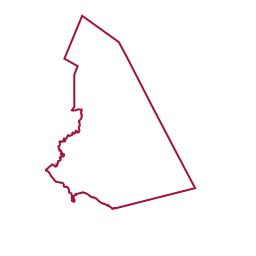 Magarini, Coast, Kenya, rotated 111°
{"feature_id": "3690345B44163293085628", "entity_name": "Magarini", "entity_type": "district", "adm_level": 2, "iso_a3": "KEN", "parent_name": "Kenya", "parent_adm1": "Coast", "projection": "orthographic", "projection_center": [39.973, -2.829], "detail": "fine", "context": "isolated", "style": "outline", "palette": "rose", "viewbox_px": 256, "rotation_deg": 111, "n_neighbors": 0, "source": "geoboundaries", "source_scale": "gbopen_adm2", "svg_char_len": 5673}
<svg xmlns="http://www.w3.org/2000/svg" viewBox="0 0 256 256"><g transform="rotate(111 128 128)"><path d="M131.6,186.8L131.7,186.4L131.6,186.0L131.2,185.4L131.1,184.9L130.8,184.6L130.6,183.9L129.9,182.7L129.3,182.3L128.7,181.3L128.4,181.1L128.1,180.6L127.9,178.9L127.4,178.1L127.4,177.9L127.7,177.8L128.0,178.0L128.2,177.9L128.6,177.6L129.0,177.4L129.1,177.6L129.3,177.6L129.5,177.4L130.1,177.4L130.6,177.4L131.1,177.0L131.4,176.6L131.7,176.1L132.0,176.3L132.2,176.2L132.7,175.8L133.0,175.6L133.5,175.5L133.8,175.6L134.2,175.5L134.7,175.1L135.1,175.0L135.5,175.0L136.0,175.2L136.4,175.2L137.8,175.7L138.5,176.0L139.2,176.3L139.4,176.3L139.6,176.2L139.8,176.1L140.4,175.1L140.7,175.0L141.1,174.9L141.4,174.8L142.3,174.2L142.6,174.1L143.0,173.9L143.3,173.9L144.7,174.2L145.0,174.2L146.2,173.6L146.4,173.4L146.7,173.2L147.1,172.8L147.7,172.4L148.0,172.4L148.5,172.4L148.9,172.4L149.4,172.5L150.3,173.3L150.3,173.5L150.0,173.6L149.8,173.8L149.6,174.0L149.6,174.4L149.2,175.0L149.1,175.3L149.2,175.7L149.3,175.8L149.9,175.7L150.3,175.7L151.3,175.6L152.0,175.6L152.3,175.8L152.5,176.0L152.5,176.4L152.5,177.0L152.1,177.8L152.1,178.0L152.5,178.2L152.9,178.1L153.5,177.9L153.9,177.7L154.3,177.7L154.7,177.8L154.8,178.0L155.1,178.4L156.0,179.2L156.3,179.6L156.4,180.0L156.3,180.3L156.1,181.0L156.1,181.3L156.5,181.5L157.0,181.6L158.7,181.6L159.6,181.7L159.8,181.8L160.3,182.1L160.7,182.6L160.8,182.7L160.8,182.9L160.6,183.4L160.6,183.6L160.7,183.9L160.9,184.1L161.3,184.1L161.5,184.0L161.7,183.8L161.7,182.5L161.8,182.3L162.0,182.1L162.5,182.0L162.8,182.0L163.0,182.1L163.2,182.3L163.3,182.5L163.2,183.0L162.8,183.5L162.8,183.8L163.9,184.1L164.3,184.4L164.5,184.5L164.6,184.9L164.4,185.4L164.4,185.6L164.6,186.0L165.0,186.5L165.0,186.9L165.1,187.0L165.4,187.0L165.7,186.9L166.0,186.7L166.3,186.2L166.6,186.0L167.1,185.8L167.4,185.7L167.9,185.7L168.9,185.6L169.3,185.6L169.5,185.6L169.9,186.3L170.0,186.4L170.8,186.1L171.2,185.7L171.8,185.2L172.1,184.9L172.2,184.6L172.3,184.5L172.6,184.4L173.1,184.3L173.5,184.1L173.7,183.8L173.6,183.7L173.3,183.6L173.1,183.4L173.0,183.2L172.9,182.9L173.0,182.7L173.6,182.2L174.0,181.8L174.5,181.2L174.8,180.8L175.0,180.7L175.1,180.8L175.2,181.2L175.2,181.4L175.4,181.5L175.7,181.4L176.2,181.5L176.4,181.4L176.6,181.1L176.4,180.1L176.2,179.8L175.7,179.3L175.5,179.0L175.4,178.8L175.4,178.5L175.5,178.4L175.9,178.4L176.0,178.3L176.6,178.0L176.8,177.8L177.0,177.8L177.7,178.1L178.0,178.6L178.4,179.3L178.7,180.6L178.8,180.7L179.0,180.8L180.0,180.9L180.4,180.9L180.6,180.8L180.7,180.7L180.8,180.5L180.7,179.9L180.8,179.7L181.5,179.7L182.1,179.6L182.4,179.6L182.5,179.6L183.0,180.1L183.6,180.7L184.0,181.3L184.3,181.5L184.6,181.4L184.8,181.4L185.1,181.0L185.4,180.8L185.6,180.8L186.3,181.0L187.2,180.8L187.5,180.8L187.8,181.0L187.8,181.5L188.4,181.1L188.8,180.9L189.0,180.9L189.3,181.0L190.0,181.8L189.9,181.9L189.7,182.2L189.7,182.4L189.6,182.6L189.8,183.2L189.7,183.4L189.4,183.8L189.4,184.2L189.2,184.9L189.5,185.4L189.3,185.9L189.6,186.0L189.9,186.1L191.5,187.0L192.2,187.4L193.1,187.9L193.4,188.0L194.0,188.2L194.5,188.4L194.7,188.5L194.9,188.8L195.3,189.2L195.9,189.4L196.1,189.5L197.1,189.3L197.0,188.8L197.0,188.0L197.2,187.1L197.8,186.0L198.1,185.4L199.0,184.2L199.5,183.7L199.9,183.1L200.1,182.9L200.2,182.6L200.4,182.6L200.5,182.6L200.9,181.9L201.8,179.9L202.4,178.9L202.6,178.4L203.1,177.9L203.3,177.6L203.8,176.9L203.9,176.3L203.9,175.7L203.7,175.1L203.7,174.3L203.5,173.0L203.3,172.1L203.2,171.1L203.1,170.6L202.7,170.0L202.7,169.7L202.9,168.8L203.5,168.0L204.3,167.4L205.2,167.0L205.5,166.9L205.6,166.7L205.7,166.4L205.6,166.1L205.6,165.7L205.1,164.9L205.0,164.6L204.9,164.2L205.0,163.8L205.0,163.5L205.2,163.0L205.5,162.4L205.7,162.1L206.1,161.6L206.9,161.0L207.7,160.6L208.5,160.3L208.9,160.3L209.1,160.2L209.2,159.8L209.3,159.5L209.2,158.9L209.3,158.3L209.5,157.7L209.8,157.4L210.1,156.9L210.5,156.6L211.3,156.1L212.2,155.7L212.5,155.7L213.0,155.7L213.3,155.7L213.7,155.4L214.1,155.0L214.7,154.3L215.0,154.0L215.3,154.0L215.5,154.3L215.7,154.5L215.8,154.5L215.9,154.4L216.2,153.9L216.3,153.4L216.3,152.8L216.2,152.5L216.2,152.0L216.2,151.8L216.0,151.7L215.8,151.7L215.6,151.8L215.2,151.8L214.8,151.9L214.6,152.0L214.4,152.3L214.4,152.5L214.1,152.6L213.9,152.7L213.6,153.1L213.4,153.4L212.6,153.8L212.2,154.0L211.9,154.2L211.2,154.1L210.9,154.2L210.5,154.0L210.1,153.9L209.8,153.7L209.6,153.6L209.4,152.9L209.3,153.0L208.9,153.1L208.7,153.1L208.3,153.1L208.1,153.0L208.0,152.8L207.7,151.9L207.5,151.5L206.8,150.6L206.4,150.0L205.7,149.1L205.3,148.2L205.2,148.1L205.0,147.8L204.9,147.7L204.6,147.8L204.5,147.7L204.3,147.4L204.2,147.2L204.2,146.3L204.3,145.8L204.1,145.2L204.0,144.9L204.1,143.2L204.5,141.2L205.0,139.7L205.2,139.4L205.3,139.2L205.2,138.8L205.2,138.6L205.4,138.3L205.6,137.0L205.6,136.6L205.4,136.0L205.2,135.9L205.0,135.7L205.2,135.2L205.3,135.0L205.4,134.8L205.3,134.5L205.0,134.1L205.2,133.9L205.4,133.5L205.4,133.3L205.2,132.6L205.2,132.4L205.4,131.9L206.0,130.7L206.1,130.3L206.3,130.0L206.6,129.3L206.9,128.5L207.3,126.8L207.5,126.0L207.6,123.8L207.4,123.4L207.2,123.3L207.2,123.1L207.8,119.3L207.8,119.2L207.6,119.0L207.3,119.0L207.3,118.8L207.4,118.6L207.2,118.6L207.3,118.3L207.5,117.9L207.7,117.4L207.8,117.0L207.9,116.8L207.9,116.7L208.1,116.1L208.4,115.1L209.0,113.8L208.9,113.3L208.9,113.2L208.6,113.2L208.4,113.1L208.2,112.8L207.9,112.6L207.8,112.9L207.7,113.1L207.7,112.7L207.7,112.4L207.5,112.1L207.5,111.5L207.4,111.3L207.3,111.2L207.2,111.0L206.9,110.4L207.1,110.4L206.5,109.6L160.1,43.8L132.6,75.2L97.6,114.9L61.1,155.7L56.2,161.5L52.9,165.3L51.4,166.8L51.3,167.0L51.0,167.8L39.7,211.0L86.1,212.2L88.3,197.2L97.7,197.2L127.5,185.7L131.6,186.8Z" fill="none" stroke="#9f1239" stroke-width="2"/></g></svg>